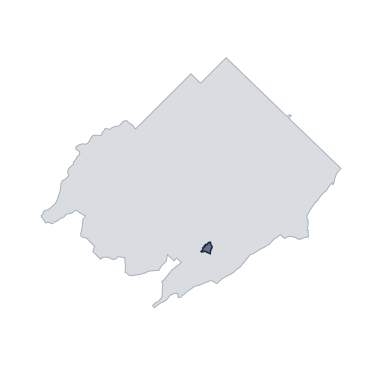 location of Sharg Sennar, Sennar, Sudan, rotated 44°
{"feature_id": "16777658B19062452623819", "entity_name": "Sharg Sennar", "entity_type": "district", "adm_level": 2, "iso_a3": "SDN", "parent_name": "Sudan", "parent_adm1": "Sennar", "projection": "equal_earth", "projection_center": [33.793, 13.743], "detail": "fine", "context": "in_parent", "style": "filled", "palette": "slate", "viewbox_px": 384, "rotation_deg": 44, "n_neighbors": 0, "source": "geoboundaries", "source_scale": "gbopen_adm2", "svg_char_len": 5084}
<svg xmlns="http://www.w3.org/2000/svg" viewBox="0 0 384 384"><g transform="rotate(44 192 192)"><path d="M245.4,301.3L242.8,301.2L242.5,300.4L242.6,298.2L242.9,296.5L243.8,293.8L243.6,292.4L243.7,290.3L243.0,287.9L236.9,281.0L235.6,279.1L232.3,277.4L232.9,275.5L231.6,261.5L232.2,259.9L232.4,257.4L232.4,255.3L233.2,251.7L233.3,250.2L226.7,250.1L226.7,251.6L227.0,253.3L226.9,254.0L217.8,254.1L221.5,259.6L221.6,262.0L221.4,265.0L221.4,266.9L221.7,268.1L222.6,270.6L222.6,271.1L222.3,271.6L215.8,279.0L214.7,282.4L213.9,284.1L212.0,287.2L206.0,295.0L205.1,295.5L200.5,295.8L200.1,296.0L199.7,296.3L199.6,296.2L195.7,291.6L189.2,286.1L184.9,289.0L183.7,290.0L183.7,292.7L183.0,294.1L181.9,295.6L178.7,296.5L177.0,297.3L175.1,298.8L173.1,301.3L173.0,302.6L173.2,303.8L162.2,303.7L161.5,302.8L159.9,298.7L158.8,298.9L148.8,298.4L147.3,298.9L144.5,300.6L143.0,300.8L141.6,300.1L136.3,291.9L135.2,290.9L134.0,289.0L132.9,288.1L132.6,287.5L132.4,286.6L132.5,284.8L132.1,283.7L131.3,283.5L124.2,285.3L123.2,285.1L121.7,285.5L121.2,285.8L120.6,286.9L120.5,289.1L120.3,290.2L119.7,291.5L117.7,294.2L117.2,295.4L117.3,298.5L117.1,300.0L116.8,300.7L115.9,301.9L115.6,302.6L115.2,306.5L114.1,308.9L113.8,309.7L113.8,311.4L113.6,311.9L110.4,313.3L109.2,314.1L108.4,315.5L108.2,316.0L106.9,315.6L105.1,315.2L101.8,314.8L100.5,314.2L99.8,313.3L100.1,310.9L99.7,310.4L99.2,310.0L98.8,308.9L98.9,307.7L100.7,305.0L101.1,303.5L101.6,296.6L101.5,294.5L100.2,290.7L97.0,284.1L96.3,282.8L92.3,277.3L91.9,276.5L90.9,274.2L92.1,269.2L92.2,267.8L91.9,266.3L90.9,265.2L90.0,265.1L88.8,263.8L88.1,263.2L87.4,262.0L87.0,260.3L87.4,254.4L87.2,253.6L86.1,253.4L85.9,252.9L86.0,251.8L85.5,248.4L84.9,245.6L85.2,244.1L84.4,242.0L82.8,241.1L79.6,241.8L78.6,241.7L77.9,241.3L77.5,240.5L77.2,239.6L77.5,238.2L78.4,235.7L79.6,233.6L81.9,231.8L82.6,230.8L82.9,229.6L83.0,228.4L82.9,227.0L82.6,225.8L82.0,224.2L81.4,222.3L81.4,221.0L81.7,220.1L82.4,218.9L84.7,216.8L87.0,214.9L87.4,214.3L87.3,213.5L86.3,212.1L86.0,209.2L85.4,207.2L86.6,205.6L87.5,205.1L88.9,204.6L89.4,204.0L89.6,202.8L89.6,201.6L90.1,200.8L90.8,198.9L91.3,198.1L93.1,195.9L93.6,194.5L93.7,193.2L93.3,189.1L94.3,187.4L95.7,186.0L97.6,186.1L100.5,185.8L102.5,185.2L103.9,185.2L107.2,186.0L107.5,185.7L107.7,184.6L109.1,107.7L122.4,107.8L122.6,107.6L123.3,71.7L206.8,71.7L207.5,71.5L208.8,68.2L209.4,68.0L210.3,68.1L210.6,68.9L209.8,71.7L282.7,71.6L282.9,75.7L283.5,79.0L285.6,83.7L287.4,86.2L288.0,87.6L288.1,88.3L288.0,88.9L287.5,88.2L286.6,87.7L286.5,89.9L286.9,94.4L287.7,97.6L287.2,100.5L287.3,105.5L288.3,111.4L288.1,115.2L289.7,124.1L291.2,129.1L292.1,130.3L293.0,130.9L294.7,131.4L297.4,133.9L299.4,136.5L300.2,137.9L301.2,139.5L301.9,139.2L302.3,138.8L303.0,140.0L306.3,142.7L306.8,143.9L305.6,145.1L304.3,147.2L303.6,149.2L303.3,149.8L302.2,151.0L302.0,151.6L301.5,152.0L301.0,152.0L299.9,152.6L298.9,152.4L297.9,152.8L297.5,153.3L296.7,153.7L295.6,153.9L293.9,155.5L292.5,156.3L292.0,157.0L291.2,160.3L290.6,161.1L288.4,161.2L287.4,161.5L285.9,161.1L285.2,161.2L285.0,161.9L284.7,164.7L284.8,165.9L283.6,169.1L284.0,175.1L282.8,179.6L282.6,180.7L281.4,184.2L280.8,185.6L279.3,192.2L278.7,194.3L277.4,196.5L278.8,212.6L277.7,217.5L277.8,220.2L277.0,224.2L276.4,226.0L275.5,228.2L274.6,230.7L273.9,234.0L273.5,240.2L273.2,240.8L269.3,241.5L268.0,242.0L267.2,242.7L266.2,244.3L264.2,248.6L263.2,251.3L261.5,255.0L259.6,257.6L259.2,258.9L258.9,261.2L258.2,264.9L257.5,267.6L257.6,269.7L257.0,273.4L257.1,275.2L256.5,276.2L255.5,277.2L254.9,277.4L252.2,274.9L250.2,276.6L249.0,279.0L248.1,281.5L248.6,286.6L248.6,287.7L248.3,288.9L246.5,294.0L246.0,296.3L245.4,300.3L245.4,301.3Z" fill="#d9dde1" stroke="#a8b0b8" stroke-width="1"/><path d="M247.9,223.7L246.5,221.9L246.4,221.9L246.3,221.7L246.2,221.5L246.2,221.4L246.0,221.1L246.0,220.9L245.9,220.9L245.7,220.8L245.6,220.7L245.6,220.3L245.6,220.0L245.5,219.8L245.5,219.7L245.4,219.4L245.4,219.2L245.3,218.9L245.2,218.7L244.9,218.4L244.9,218.2L244.9,217.9L244.8,217.7L244.7,217.6L244.3,217.5L244.3,217.3L244.2,217.2L243.8,217.3L243.7,217.3L243.5,217.1L243.4,217.1L242.4,216.7L241.3,216.2L240.7,215.9L240.5,215.4L240.1,215.4L239.9,215.4L239.8,215.6L239.7,216.1L239.5,216.4L239.2,216.5L239.2,217.1L239.4,217.4L239.4,217.7L239.4,217.8L239.4,218.1L239.1,218.2L238.9,218.2L238.9,218.4L239.0,218.6L239.2,218.8L239.2,219.0L239.2,219.3L239.3,219.5L239.2,219.7L239.2,219.8L239.0,220.1L238.9,220.2L238.6,220.1L238.3,220.2L238.2,220.3L238.2,220.5L238.3,220.7L238.3,220.8L238.4,221.0L238.7,221.1L238.8,221.2L238.8,221.3L239.0,221.4L239.1,221.5L239.0,221.9L238.9,221.9L238.6,221.8L238.4,221.9L238.3,222.0L238.2,222.2L238.2,222.3L238.3,222.5L238.5,222.6L238.9,222.6L239.0,222.7L239.1,222.8L239.2,223.0L239.2,223.3L239.0,223.6L239.0,223.8L238.9,223.9L238.8,224.1L238.7,224.2L238.6,224.4L238.6,224.7L238.6,225.0L239.2,225.3L239.4,225.4L239.7,225.8L239.9,226.2L240.0,226.5L239.7,228.3L239.8,228.5L240.1,228.6L240.5,228.5L240.7,228.3L241.3,227.8L242.1,225.9L242.5,225.7L243.1,225.5L244.0,224.9L244.8,225.1L245.4,224.7L247.7,223.7L247.8,223.7L247.9,223.7Z" fill="#64748b" stroke="#1e293b" stroke-width="1.5"/></g></svg>